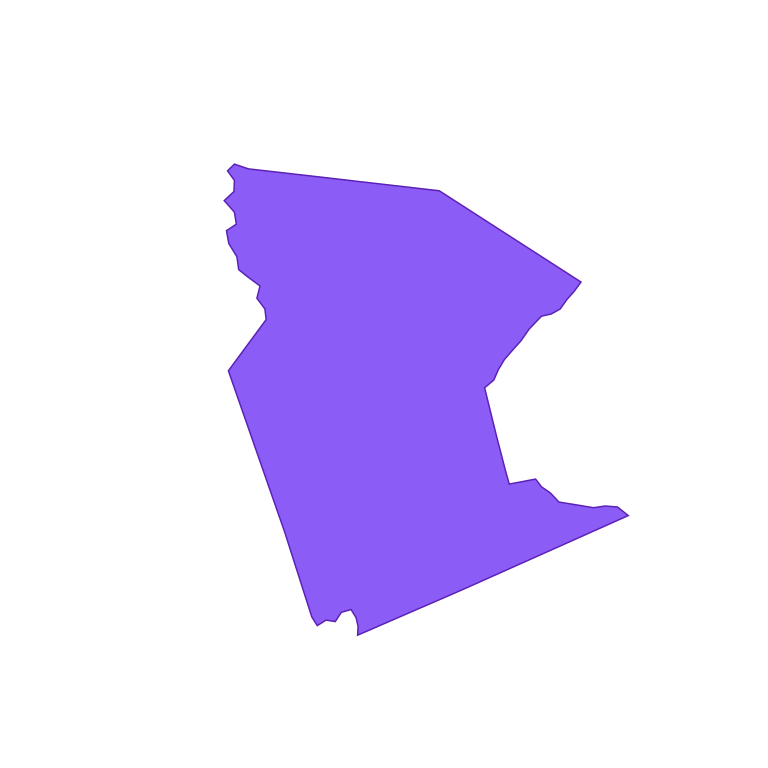 Jacaré dos Homens, Alagoas, Brazil, rotated 137°
{"feature_id": "56859067B13186483981392", "entity_name": "Jacaré dos Homens", "entity_type": "district", "adm_level": 2, "iso_a3": "BRA", "parent_name": "Brazil", "parent_adm1": "Alagoas", "projection": "robinson", "projection_center": [-37.229, -9.654], "detail": "fine", "context": "isolated", "style": "filled", "palette": "violet", "viewbox_px": 768, "rotation_deg": 137, "n_neighbors": 0, "source": "geoboundaries", "source_scale": "gbopen_adm2", "svg_char_len": 855}
<svg xmlns="http://www.w3.org/2000/svg" viewBox="0 0 768 768"><g transform="rotate(137 384 384)"><path d="M595.7,262.8L597.6,252.8L587.4,250.8L581.7,243.5L570.9,246.1L561.9,241.5L563.8,232.1L568.3,224.4L574.6,218.3L476.0,183.3L461.4,178.2L295.1,121.2L297.1,134.8L305.4,143.9L315.1,150.6L336.6,178.4L336.6,190.8L338.9,201.1L338.0,211.1L360.6,225.4L355.2,236.0L337.1,269.4L313.0,312.6L301.0,312.0L290.6,316.5L279.5,319.7L266.7,321.1L254.2,322.2L240.3,325.2L222.6,326.2L213.8,321.1L203.9,318.7L192.4,321.1L182.0,322.0L170.4,324.2L211.8,487.6L312.5,605.8L336.6,634.0L343.4,646.8L353.1,646.6L354.5,635.0L362.5,627.1L375.8,627.1L376.2,611.7L383.0,601.6L394.6,603.6L401.7,592.6L404.8,577.4L412.3,566.7L410.5,554.5L407.8,540.3L418.5,533.4L419.9,520.2L426.2,511.5L488.8,499.8L557.5,343.7L595.7,262.8Z" fill="#8b5cf6" stroke="#5b21b6" stroke-width="1.5"/></g></svg>